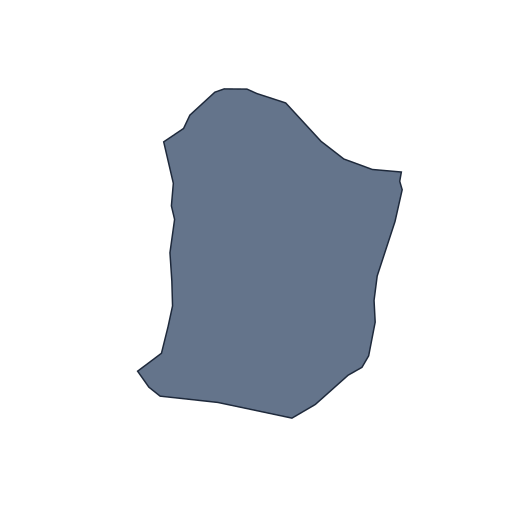 Concepción, Sololá, Guatemala (Robinson projection), rotated 231°
{"feature_id": "79465075B28359200258392", "entity_name": "Concepción", "entity_type": "district", "adm_level": 2, "iso_a3": "GTM", "parent_name": "Guatemala", "parent_adm1": "Sololá", "projection": "robinson", "projection_center": [-91.133, 14.783], "detail": "fine", "context": "isolated", "style": "filled", "palette": "slate", "viewbox_px": 512, "rotation_deg": 231, "n_neighbors": 0, "source": "geoboundaries", "source_scale": "gbopen_adm2", "svg_char_len": 599}
<svg xmlns="http://www.w3.org/2000/svg" viewBox="0 0 512 512"><g transform="rotate(231 256 256)"><path d="M241.0,91.5L221.4,90.2L207.4,93.3L166.2,134.2L107.4,181.9L103.3,208.7L105.4,252.6L102.8,268.3L107.5,280.7L129.6,307.0L147.2,319.8L164.2,337.6L195.3,385.7L215.5,411.3L223.6,414.7L229.8,421.8L250.1,400.8L276.1,385.3L304.2,378.7L356.2,375.4L381.7,358.9L391.4,354.0L405.9,336.4L409.2,327.1L407.1,293.3L400.7,280.0L402.8,256.1L364.5,237.5L348.2,221.8L335.7,215.8L312.7,191.2L289.3,174.7L269.7,159.7L256.5,143.3L239.9,121.3L241.0,91.5Z" fill="#64748b" stroke="#1e293b" stroke-width="1.5"/></g></svg>